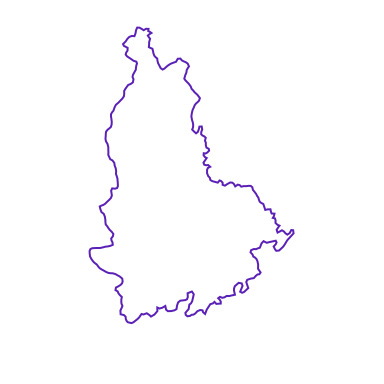 the district of Abadia dos Dourados, Minas Gerais, Brazil, rotated 197°
{"feature_id": "56859067B68751395619668", "entity_name": "Abadia dos Dourados", "entity_type": "district", "adm_level": 2, "iso_a3": "BRA", "parent_name": "Brazil", "parent_adm1": "Minas Gerais", "projection": "robinson", "projection_center": [-47.46, -18.373], "detail": "fine", "context": "isolated", "style": "outline", "palette": "violet", "viewbox_px": 384, "rotation_deg": 197, "n_neighbors": 0, "source": "geoboundaries", "source_scale": "gbopen_adm2", "svg_char_len": 5159}
<svg xmlns="http://www.w3.org/2000/svg" viewBox="0 0 384 384"><g transform="rotate(197 192 192)"><path d="M224.5,54.2L221.0,54.4L219.0,53.3L218.2,51.2L216.9,49.7L215.4,48.7L211.6,48.9L210.0,50.2L207.2,54.2L206.0,56.3L204.6,60.6L202.6,60.7L199.8,62.8L196.5,61.8L194.8,60.9L192.1,63.8L190.3,67.9L191.4,71.4L189.0,71.1L186.6,72.6L184.2,75.2L182.4,71.9L180.2,71.0L177.0,72.1L174.2,73.7L172.6,75.4L173.1,79.2L173.0,82.3L171.5,84.6L166.7,86.7L165.4,88.0L165.3,90.3L166.6,93.9L163.0,96.8L160.4,94.7L159.9,87.7L160.4,85.2L161.6,83.6L161.0,79.0L163.0,74.5L162.1,72.7L160.1,71.8L157.7,72.9L156.5,74.4L154.7,75.2L153.4,76.7L152.0,79.6L149.7,81.5L147.3,81.9L146.3,80.3L143.8,79.2L143.5,83.9L141.7,90.1L139.4,91.6L138.4,93.5L136.0,92.1L134.0,92.9L131.9,93.7L132.4,95.5L134.0,97.1L135.9,98.1L134.6,99.9L132.1,99.7L130.1,100.8L128.5,102.7L125.7,103.5L124.3,104.4L120.9,106.3L123.0,110.0L123.6,112.0L123.5,114.5L120.8,118.8L117.7,119.1L116.2,117.0L116.8,110.7L114.6,110.3L113.0,111.6L111.6,114.0L110.1,116.6L111.3,118.2L113.8,121.8L113.5,124.2L110.4,126.4L107.7,127.7L106.4,130.6L105.2,132.3L103.5,133.1L102.9,135.1L106.4,137.9L107.5,141.9L109.2,145.0L110.7,146.7L112.7,147.8L114.4,148.1L115.9,150.0L118.4,151.4L118.5,153.6L116.3,155.5L114.0,156.1L112.5,157.4L110.8,158.6L110.5,163.2L109.2,165.9L105.7,165.3L103.0,166.9L97.7,169.9L96.4,168.5L96.7,166.3L98.0,163.8L95.8,161.4L94.2,160.4L91.6,161.5L88.8,166.4L88.0,168.9L86.8,173.7L82.8,182.1L84.1,185.0L85.9,184.7L86.6,181.2L88.4,179.1L90.7,179.9L92.5,181.1L94.8,181.7L96.4,180.0L98.3,178.2L100.0,180.6L99.2,183.3L98.5,185.4L100.6,185.6L103.1,186.8L103.8,189.3L104.9,191.0L107.1,190.9L106.6,193.0L106.8,195.4L109.6,194.7L110.8,196.3L111.9,198.4L114.6,197.5L116.7,196.3L118.4,198.7L120.3,201.4L122.7,201.8L124.4,202.5L125.6,204.0L126.9,206.0L128.7,207.4L130.1,208.9L132.2,210.4L134.4,211.9L135.7,214.2L137.6,215.0L139.5,214.5L141.7,213.5L144.3,212.7L146.5,211.5L148.4,212.5L150.4,212.4L152.3,210.0L154.4,212.0L156.1,212.7L158.2,212.3L160.5,210.0L162.4,207.7L164.8,207.8L165.4,209.8L167.1,210.9L169.0,211.1L170.1,208.5L173.2,208.4L175.9,208.3L178.0,208.9L179.1,210.8L181.2,212.0L183.1,214.4L184.1,217.7L183.8,219.7L182.0,221.4L184.4,222.5L186.4,221.7L188.3,221.7L189.6,223.4L188.6,226.6L187.9,228.8L189.9,229.2L191.7,230.6L192.1,232.5L190.4,232.7L189.0,234.1L187.7,236.5L188.6,238.2L191.2,238.7L192.6,241.1L193.1,243.1L194.6,244.8L194.7,247.9L196.6,248.8L198.6,249.1L200.1,249.9L200.7,252.0L200.5,254.8L201.9,257.5L204.0,256.7L203.8,254.0L204.0,251.1L205.3,249.3L207.9,250.5L210.1,251.8L209.9,254.1L210.5,256.6L211.6,258.8L213.1,261.0L214.7,264.1L215.2,267.2L215.4,270.6L215.0,273.3L214.8,275.8L214.1,277.7L213.1,279.3L212.0,281.3L211.9,284.1L213.8,285.5L215.4,286.6L217.1,287.4L218.8,288.2L220.5,289.4L222.5,290.5L224.2,292.7L226.8,294.6L229.0,295.8L231.0,296.9L232.5,298.1L232.6,301.8L232.3,304.7L232.7,307.0L232.3,309.1L231.6,311.2L233.6,313.5L235.9,314.3L237.9,314.5L240.2,314.9L242.1,316.2L244.6,315.2L245.3,311.9L248.0,309.9L250.0,308.3L252.0,305.9L253.5,303.6L254.4,302.0L255.9,300.5L258.2,301.3L260.0,303.2L262.1,305.3L263.4,307.4L264.3,309.5L266.1,310.2L267.9,311.3L269.4,313.3L270.4,315.2L271.7,317.4L273.8,317.6L275.6,317.9L276.2,320.8L276.8,322.7L276.9,326.3L278.4,327.3L280.0,328.7L278.8,330.5L277.3,332.2L279.0,332.8L280.9,333.1L281.3,335.3L283.7,334.6L285.5,332.6L287.6,333.2L290.3,333.8L292.5,333.2L292.8,330.2L292.4,327.2L292.6,324.2L295.1,323.7L297.3,322.0L298.5,319.7L299.5,316.5L301.2,313.3L299.8,311.8L297.9,311.5L295.7,311.0L295.0,308.4L295.7,306.1L295.6,304.0L293.7,302.7L290.9,301.9L288.6,301.2L286.3,300.4L283.4,300.4L282.2,298.9L282.2,296.4L281.9,294.4L281.5,292.5L282.1,289.7L282.7,286.9L282.5,284.6L280.9,282.7L280.6,279.5L282.2,277.4L284.3,275.7L285.1,273.5L285.9,271.1L286.4,268.7L285.5,266.0L285.1,263.6L285.8,261.2L287.2,258.5L288.5,255.9L290.3,253.1L290.8,250.1L290.9,246.8L291.8,244.6L292.2,242.7L291.6,240.7L290.3,238.0L289.2,235.5L288.6,233.0L288.6,230.4L289.6,228.8L290.9,226.9L291.8,224.6L291.5,222.6L290.9,220.4L290.3,217.6L289.1,215.3L286.8,213.2L285.1,210.3L284.3,207.6L283.5,205.4L282.9,203.0L281.5,201.4L279.8,199.5L277.2,198.9L274.8,197.1L273.7,194.7L271.9,192.4L270.6,189.7L270.0,187.0L268.5,185.0L267.2,183.0L266.5,181.1L265.6,178.9L264.6,176.0L264.8,173.9L266.5,172.7L269.4,172.1L269.7,169.6L268.6,167.3L267.6,165.2L267.8,162.5L269.0,160.1L270.5,157.5L271.6,155.4L273.0,153.7L274.4,152.7L276.0,151.2L274.6,148.8L272.7,146.3L270.0,145.3L268.1,142.9L266.7,140.0L265.9,137.7L265.0,135.7L263.1,134.5L261.6,133.2L259.7,131.8L257.0,130.4L254.9,128.8L254.7,126.5L255.7,123.9L254.8,122.1L253.3,120.6L252.3,118.3L254.4,116.6L256.5,115.4L259.0,114.3L261.0,113.0L263.5,111.6L265.8,110.9L268.5,110.0L270.9,109.1L272.4,107.8L272.7,105.7L271.8,103.1L270.6,100.5L268.7,98.6L266.9,97.2L265.4,96.2L263.8,95.5L261.8,94.8L259.6,93.1L257.9,92.1L255.6,91.5L253.2,91.0L250.6,90.4L248.1,90.2L246.2,90.5L243.9,91.1L241.1,91.1L239.1,90.6L236.5,90.1L233.4,88.8L232.2,86.3L232.2,84.1L233.2,82.2L234.9,80.2L236.8,78.4L236.5,75.8L234.0,75.2L232.6,73.5L230.6,72.2L228.4,71.1L228.2,68.8L227.6,66.6L226.8,64.6L225.2,62.7L225.4,60.6L225.8,57.7L224.5,54.2Z" fill="none" stroke="#5b21b6" stroke-width="2"/></g></svg>